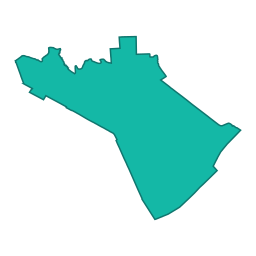 Malu, Giurgiu, Romania
{"feature_id": "2599482B97919449751722", "entity_name": "Malu", "entity_type": "district", "adm_level": 2, "iso_a3": "ROU", "parent_name": "Romania", "parent_adm1": "Giurgiu", "projection": "natural_earth1", "projection_center": [25.787, 43.81], "detail": "fine", "context": "isolated", "style": "filled", "palette": "teal", "viewbox_px": 256, "rotation_deg": 0, "n_neighbors": 0, "source": "geoboundaries", "source_scale": "gbopen_adm2", "svg_char_len": 5027}
<svg xmlns="http://www.w3.org/2000/svg" viewBox="0 0 256 256"><path d="M154.9,219.4L156.2,219.0L163.5,216.0L168.2,214.1L179.7,207.1L188.4,198.9L194.5,193.0L199.8,187.3L203.3,184.1L217.1,170.6L213.2,166.2L216.0,160.6L217.2,158.4L217.5,157.6L220.7,151.9L227.1,144.1L236.4,134.6L240.6,130.2L237.0,127.8L236.0,127.6L233.9,126.0L233.5,125.8L232.7,126.1L232.4,126.0L232.2,125.9L232.3,125.6L232.1,125.4L232.1,125.2L231.3,124.5L230.7,124.1L229.9,123.6L229.1,123.3L228.6,123.2L228.2,123.3L227.6,123.5L226.1,124.1L222.3,125.7L222.0,125.8L221.7,125.8L221.4,125.8L220.7,125.7L220.0,125.5L219.4,125.2L218.2,124.4L216.5,123.1L209.6,117.8L207.6,116.2L191.5,103.9L187.3,100.5L182.4,96.7L175.4,91.4L174.4,90.6L174.0,90.3L172.2,88.9L171.3,88.3L168.8,86.2L160.7,80.0L166.1,76.5L165.8,75.8L163.3,72.4L161.9,70.6L160.5,68.5L160.1,68.0L159.7,67.2L159.1,66.4L158.8,65.9L158.7,65.6L158.6,65.2L158.5,64.0L158.4,63.8L157.8,63.2L157.7,63.0L157.7,62.3L157.8,61.9L157.8,61.7L157.5,60.7L157.6,60.3L157.8,59.7L157.8,59.1L157.6,58.4L157.6,57.5L157.4,56.3L157.3,56.0L157.2,55.7L156.7,55.4L156.4,55.3L156.0,55.3L154.5,55.8L154.2,56.0L153.6,56.7L153.4,56.9L152.5,57.0L150.2,57.0L149.9,56.8L149.8,54.2L149.6,54.0L149.3,53.9L142.8,54.1L136.4,54.3L136.3,48.9L136.2,42.4L136.1,36.6L121.7,36.9L121.3,37.0L121.1,37.0L119.2,37.1L119.5,41.9L120.0,48.3L111.2,48.8L110.3,48.8L110.9,57.2L111.0,57.4L111.3,63.1L109.3,62.8L108.9,62.8L107.9,62.4L107.0,62.2L106.2,61.6L105.5,61.4L105.4,61.2L105.2,60.8L105.1,60.6L103.7,59.3L103.1,59.2L102.3,59.2L101.6,59.3L100.8,59.5L100.3,59.6L100.1,59.7L100.1,60.1L100.1,60.3L100.3,60.6L101.0,61.4L101.2,61.8L101.2,62.1L101.1,62.3L101.1,62.5L100.9,62.8L100.4,63.2L99.7,63.4L99.4,63.4L98.5,63.3L97.4,63.1L97.1,62.9L95.6,62.4L93.8,61.6L93.3,61.5L92.8,61.3L92.1,61.0L91.8,60.6L91.6,60.2L91.4,59.5L91.3,59.3L91.2,59.1L90.8,59.0L90.4,59.0L89.3,59.2L89.0,59.4L88.4,59.9L88.1,60.0L87.9,60.3L87.8,60.5L87.2,60.7L86.9,60.7L86.5,60.5L86.1,60.5L85.9,60.6L85.7,60.8L85.1,61.1L84.8,61.7L84.5,62.1L84.5,63.0L84.3,63.4L84.2,63.7L83.6,64.4L83.5,64.9L83.0,65.7L82.4,67.4L82.2,67.8L82.0,68.1L81.6,68.5L80.5,69.0L80.2,69.1L79.8,69.1L79.2,69.1L78.8,69.1L78.3,68.9L77.9,68.7L77.7,68.6L77.2,67.4L76.8,67.0L76.3,66.1L76.2,66.0L76.1,65.8L75.8,65.8L75.5,65.9L75.3,66.1L75.2,66.3L75.2,66.6L75.2,67.6L75.2,68.2L75.2,68.7L75.3,69.4L75.3,70.2L75.4,70.9L75.4,71.6L75.4,72.5L75.4,72.8L75.2,73.2L75.1,73.3L74.6,73.7L73.0,72.7L71.4,71.7L70.8,71.3L70.1,70.7L69.3,70.1L68.6,69.5L68.5,69.4L68.3,69.2L68.2,69.0L68.0,68.8L68.0,68.7L68.2,68.3L67.9,68.3L67.9,68.1L67.8,67.5L67.5,67.5L67.4,67.4L67.5,67.2L67.3,67.0L67.3,66.7L67.0,66.6L66.9,66.5L66.8,66.2L66.5,66.2L66.4,65.9L66.1,65.5L66.0,65.9L65.9,65.9L65.6,65.8L65.5,65.7L65.3,65.5L65.2,65.3L65.0,65.2L64.8,65.1L64.6,65.1L64.6,64.9L64.4,64.8L64.2,64.5L64.1,64.4L64.2,63.9L64.4,63.7L64.2,63.4L64.1,63.1L63.9,62.8L63.9,62.3L63.8,62.1L63.8,61.9L63.4,61.6L63.0,60.8L62.9,60.6L62.7,60.2L62.6,59.6L62.2,59.5L62.2,59.1L61.8,59.0L61.8,58.6L61.6,58.5L61.7,58.4L61.8,58.1L61.7,58.1L61.2,57.7L60.8,57.4L60.5,57.3L60.4,57.2L60.4,56.8L60.2,56.6L60.1,56.4L59.9,56.3L59.8,55.9L59.7,55.8L59.5,55.5L59.1,55.2L59.0,54.8L58.8,54.6L58.8,54.3L58.7,54.2L58.8,54.1L58.9,53.9L59.1,53.8L59.4,53.5L59.4,53.4L59.2,53.2L59.6,53.1L59.6,52.9L59.8,52.7L59.9,52.4L59.7,52.0L59.7,51.9L59.9,51.8L59.9,51.7L59.7,51.5L60.0,51.2L60.0,50.9L59.9,50.8L60.1,50.6L60.0,50.4L60.5,50.0L60.5,49.9L60.6,49.6L60.5,49.2L60.3,48.7L60.2,48.7L59.8,48.7L58.0,49.2L57.5,49.3L57.1,49.3L56.4,49.2L54.9,48.6L53.4,47.7L53.2,47.7L52.6,47.6L52.0,47.6L51.8,47.5L50.0,47.4L49.6,47.5L49.0,47.7L48.7,47.9L48.7,48.0L48.7,48.6L48.9,50.2L48.9,50.7L48.8,51.7L48.9,51.9L48.8,52.2L48.8,52.6L48.6,53.0L48.0,53.9L47.4,54.6L46.9,55.0L45.9,55.6L45.5,56.0L44.1,56.9L43.2,57.7L42.6,58.4L42.4,58.8L42.3,59.1L42.2,59.1L42.4,60.0L42.4,60.6L42.3,61.2L42.1,61.3L41.6,61.6L41.3,61.7L41.1,61.7L40.6,61.6L40.3,61.5L38.6,60.5L38.1,60.2L37.9,59.9L37.8,60.0L37.5,60.1L37.3,60.1L36.7,59.9L36.1,59.6L35.6,59.2L35.0,58.9L34.6,58.8L33.9,58.7L33.3,58.6L32.2,58.2L30.1,57.5L29.1,57.0L28.3,56.8L26.8,56.6L26.3,56.5L24.6,55.8L24.0,55.7L23.6,55.7L22.8,55.7L21.6,56.1L21.5,56.5L21.4,56.6L20.9,56.8L20.1,57.5L18.2,58.8L17.7,59.3L16.8,59.8L16.0,60.5L15.7,60.7L15.4,60.7L15.7,62.1L15.7,62.3L15.9,62.3L16.0,62.3L19.9,73.1L20.7,75.3L20.9,76.1L23.7,83.6L24.0,83.9L23.9,83.9L24.4,84.2L26.6,85.4L32.4,88.5L32.0,89.0L31.6,89.6L31.3,89.5L29.5,92.3L43.5,99.7L45.9,95.7L49.0,97.4L50.5,98.2L60.6,103.6L65.6,106.4L66.3,106.7L66.1,107.2L66.1,107.3L66.2,107.6L66.3,107.7L67.3,108.2L71.2,110.3L71.8,110.5L72.2,110.5L72.6,110.7L76.1,112.6L76.9,113.1L78.8,114.1L86.2,118.5L87.8,119.4L89.6,120.4L92.6,122.0L93.1,122.2L93.9,122.6L94.4,122.9L95.6,123.6L96.7,124.1L97.1,124.4L101.2,126.7L103.6,127.9L106.9,129.8L108.0,130.3L109.7,131.4L112.6,132.9L113.0,133.1L113.5,133.6L114.3,134.4L115.5,136.7L117.0,139.6L116.1,140.5L116.5,141.4L117.5,143.8L119.3,147.6L122.2,154.2L124.1,158.5L126.2,162.9L127.3,165.5L129.1,169.3L137.9,189.4L141.2,196.7L141.9,198.2L142.0,198.6L142.0,199.2L154.9,219.4Z" fill="#14b8a6" stroke="#0f766e" stroke-width="1.5"/></svg>